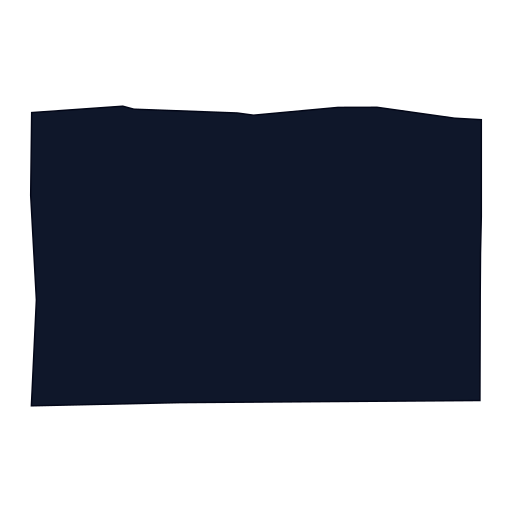 Orleans, New York, United States of America
{"feature_id": "52423323B61064757463824", "entity_name": "Orleans", "entity_type": "district", "adm_level": 2, "iso_a3": "USA", "parent_name": "United States of America", "parent_adm1": "New York", "projection": "natural_earth1", "projection_center": [-78.228, 43.253], "detail": "fine", "context": "isolated", "style": "filled", "palette": "ink", "viewbox_px": 512, "rotation_deg": 0, "n_neighbors": 0, "source": "geoboundaries", "source_scale": "gbopen_adm2", "svg_char_len": 343}
<svg xmlns="http://www.w3.org/2000/svg" viewBox="0 0 512 512"><path d="M31.7,112.6L30.7,195.3L36.4,299.9L31.4,405.8L179.9,402.6L479.9,400.5L480.2,295.9L480.5,253.3L481.3,216.8L481.3,119.7L454.5,118.2L377.1,107.3L338.1,107.4L253.5,115.2L237.3,113.0L133.9,109.2L122.8,106.2L31.7,112.6Z" fill="#0f172a" stroke="#020617" stroke-width="1.5"/></svg>